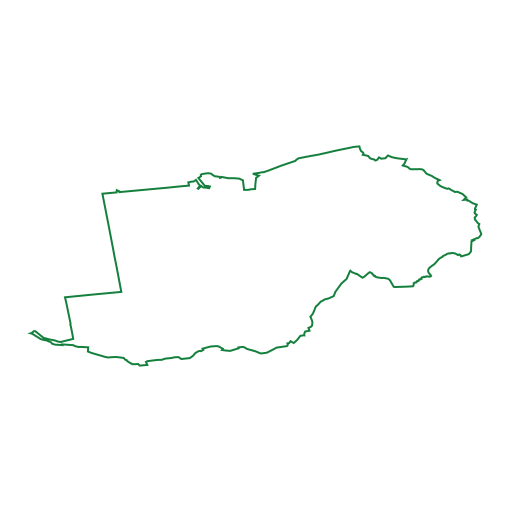 Sunākstes pag., Jaunjelgavas, Latvia
{"feature_id": "27541924B12084410086310", "entity_name": "Sunākstes pag.", "entity_type": "district", "adm_level": 2, "iso_a3": "LVA", "parent_name": "Latvia", "parent_adm1": "Jaunjelgavas", "projection": "equal_earth", "projection_center": [25.491, 56.46], "detail": "fine", "context": "isolated", "style": "outline", "palette": "green", "viewbox_px": 512, "rotation_deg": 0, "n_neighbors": 0, "source": "geoboundaries", "source_scale": "gbopen_adm2", "svg_char_len": 5912}
<svg xmlns="http://www.w3.org/2000/svg" viewBox="0 0 512 512"><path d="M471.4,241.5L473.5,240.5L473.0,240.3L472.5,240.0L476.6,238.2L477.8,238.2L479.3,237.0L480.8,235.0L481.3,234.0L478.4,226.8L479.3,224.0L477.9,223.1L477.1,222.2L476.1,220.8L474.9,219.4L474.7,217.6L475.9,216.3L476.8,214.9L474.9,213.4L474.5,212.5L475.8,209.7L475.0,209.4L475.0,208.5L475.6,207.2L476.8,204.7L472.7,203.2L469.0,200.9L467.3,200.5L467.3,199.6L463.7,199.9L466.2,197.4L462.4,193.9L459.9,192.9L457.9,191.9L456.6,191.8L454.9,192.0L454.0,191.4L451.6,190.2L448.7,188.4L447.0,188.8L442.1,186.9L439.8,185.6L437.3,183.5L437.5,181.3L438.0,180.8L439.6,180.1L437.7,179.2L437.6,179.3L434.4,177.6L433.8,177.3L431.9,176.0L426.9,173.9L426.3,173.4L424.0,170.7L423.8,170.3L422.6,169.6L422.1,169.4L419.6,169.1L417.6,169.2L414.8,169.2L411.5,169.3L410.7,169.2L409.6,168.7L408.2,167.4L406.9,166.7L402.8,165.5L404.4,163.6L404.8,162.8L406.4,159.4L406.1,159.5L405.5,159.3L397.3,158.3L392.3,157.3L387.9,155.5L385.4,158.2L381.3,158.7L379.0,157.4L377.1,159.9L375.3,160.5L373.9,159.3L372.2,159.1L370.1,158.3L368.1,155.9L362.8,154.8L363.5,153.4L363.1,152.6L361.0,151.0L359.9,148.5L359.4,146.4L353.8,146.9L349.3,147.9L340.4,149.7L334.7,150.9L327.9,152.5L318.5,154.6L309.4,156.2L298.6,158.3L296.2,159.9L295.4,160.9L281.4,165.6L266.8,171.2L265.4,171.5L263.9,172.2L261.6,172.3L259.6,172.8L252.8,173.8L258.9,175.7L257.8,176.6L256.1,177.8L255.4,183.8L255.1,189.0L250.8,189.3L247.9,189.9L244.1,189.9L242.9,180.3L239.1,178.6L233.7,178.2L228.1,178.2L221.5,176.9L220.9,177.7L220.0,177.9L219.7,176.9L216.4,176.4L214.9,176.3L213.0,175.2L211.1,173.7L209.6,173.4L208.0,173.2L202.4,174.0L200.8,174.7L201.0,176.3L198.4,178.0L204.9,185.9L208.0,186.0L209.9,186.5L209.1,188.2L205.4,187.5L203.5,187.5L202.5,187.0L201.2,186.0L198.4,188.8L197.8,188.5L200.1,185.6L198.5,183.9L196.0,179.9L194.4,181.0L193.6,181.5L191.4,181.7L188.3,182.4L188.7,184.0L189.0,185.6L177.8,186.6L167.3,187.7L145.4,189.7L119.4,192.1L119.4,191.4L116.8,190.2L116.6,192.4L102.4,193.7L108.1,222.8L112.8,247.3L114.4,256.0L114.6,257.0L116.7,267.5L121.3,291.9L92.4,294.6L65.0,297.3L66.3,302.9L69.2,316.9L70.6,323.8L70.3,324.5L70.5,325.1L70.9,326.6L72.3,333.7L73.2,338.9L65.4,340.8L62.2,341.6L61.5,341.7L61.4,341.9L60.7,342.0L59.8,341.9L57.6,341.5L56.0,340.8L54.9,340.5L52.7,340.0L50.8,339.7L49.5,339.4L48.5,339.2L46.2,338.5L43.6,337.9L35.3,331.2L33.7,331.2L32.8,332.2L32.5,332.4L31.5,333.0L30.7,333.3L31.5,333.5L32.2,333.8L33.9,334.8L34.8,335.3L35.1,335.7L35.8,336.0L36.2,336.3L37.0,336.7L37.4,337.0L39.2,338.1L39.4,338.3L40.9,339.1L41.6,339.4L47.0,340.6L50.4,342.1L51.4,342.6L52.2,343.8L55.4,344.7L61.9,345.0L62.4,345.1L62.3,344.4L73.5,345.2L74.5,346.0L78.6,347.0L80.6,346.9L88.2,347.3L87.9,351.5L91.1,352.8L105.1,356.9L108.1,357.5L111.2,357.2L116.2,357.0L123.6,357.9L125.2,359.6L125.4,359.8L126.4,360.1L126.6,360.1L127.1,361.0L131.1,363.6L131.3,363.5L132.5,364.2L135.0,364.2L138.2,364.0L138.5,364.3L139.7,365.6L147.3,364.9L146.0,361.9L147.3,361.2L154.1,360.3L157.8,359.9L161.4,359.9L165.3,358.6L171.5,358.0L174.3,357.3L178.5,357.1L181.3,359.0L189.8,358.1L190.0,358.0L193.5,355.4L193.8,354.8L195.4,353.0L197.9,351.5L199.4,351.0L200.1,350.9L200.9,351.2L203.3,349.9L202.6,348.7L208.3,347.1L210.7,346.5L216.2,346.1L217.2,346.1L217.7,346.2L218.3,346.4L219.1,346.7L222.8,348.8L222.0,350.0L225.6,350.5L230.1,350.9L238.6,348.3L238.4,347.4L242.9,346.9L244.1,347.2L244.9,347.6L245.8,348.3L246.0,348.3L246.5,348.7L248.0,349.2L250.0,349.8L250.5,349.9L251.4,350.2L252.1,350.2L252.7,350.6L253.7,350.8L255.2,351.2L257.1,352.0L257.8,352.2L258.7,352.7L259.8,353.1L260.1,353.1L261.0,353.5L266.9,352.7L273.3,349.4L276.6,347.6L287.0,346.1L287.2,345.9L287.8,344.9L287.7,344.5L287.4,343.4L289.3,343.0L289.4,342.9L290.5,341.2L293.7,343.0L294.1,342.7L294.3,342.5L297.0,340.1L297.8,339.1L300.4,335.8L303.7,335.3L304.3,335.4L304.2,334.6L304.3,333.8L304.7,332.6L305.3,331.4L306.4,331.3L309.5,330.7L309.3,329.9L308.4,328.0L311.2,326.6L312.1,325.5L312.3,323.4L312.4,322.3L312.4,322.1L312.3,321.7L312.0,320.6L310.4,316.6L311.4,315.6L312.4,314.3L313.2,313.0L314.6,309.6L315.4,307.5L316.0,306.4L317.5,305.1L318.8,303.8L320.5,301.9L320.9,301.5L321.8,301.2L324.7,299.4L325.1,299.3L326.8,298.9L328.7,298.4L333.7,296.1L335.4,291.8L341.5,283.4L346.2,279.3L346.9,278.5L346.9,278.2L350.0,271.1L350.3,270.7L352.2,272.3L356.4,274.0L356.8,273.8L362.4,277.7L364.3,276.7L367.7,273.7L369.6,272.2L371.0,272.7L371.4,272.9L372.5,273.8L372.5,274.3L373.7,275.3L374.5,275.7L374.2,276.0L374.6,276.3L376.2,277.0L377.8,277.5L381.4,278.0L383.6,277.9L385.0,278.1L388.0,278.7L389.4,279.7L390.5,281.1L390.8,281.8L392.0,283.8L393.7,286.8L395.0,287.0L405.3,286.7L412.9,286.3L413.6,285.3L413.7,284.1L413.7,283.8L413.9,283.5L413.8,283.2L414.5,282.7L414.9,282.7L415.4,282.4L415.8,282.6L416.5,282.4L416.7,281.9L417.0,281.4L417.1,281.1L418.6,280.9L418.7,280.6L418.7,280.2L419.0,279.8L419.1,279.5L419.6,279.3L420.0,279.2L420.2,279.5L420.3,279.5L420.5,279.4L421.2,278.9L421.5,278.9L421.5,278.7L421.4,278.5L421.5,277.7L421.8,277.6L421.9,277.4L423.0,277.2L423.6,277.1L423.7,276.9L423.8,276.8L424.0,276.9L424.1,277.0L424.5,277.0L425.3,276.7L425.6,276.8L425.9,276.6L426.1,276.7L426.8,276.3L427.6,276.5L427.9,276.6L429.4,276.6L429.9,276.7L430.9,276.2L431.1,276.0L430.3,274.7L429.2,273.5L428.3,271.9L428.1,271.2L428.2,269.8L428.3,269.6L428.6,269.0L429.6,267.6L431.4,266.3L431.8,265.9L433.5,264.8L434.6,263.9L436.3,262.0L438.7,259.2L439.3,258.7L440.6,257.8L441.7,257.2L441.9,257.2L442.1,257.0L442.3,257.0L442.6,256.5L443.1,256.0L445.7,254.8L446.8,254.0L447.7,253.7L448.8,253.3L449.2,253.3L449.5,253.4L449.9,253.6L450.4,253.4L451.0,253.1L452.1,253.0L453.1,253.1L454.3,253.3L455.2,253.5L457.5,254.7L457.8,255.0L458.0,255.0L458.6,254.7L459.1,254.7L459.3,254.5L459.8,254.7L459.9,255.0L460.4,255.2L460.9,255.6L460.9,256.1L461.1,256.4L462.4,256.1L465.9,255.0L468.7,254.2L470.0,252.7L470.9,251.6L471.1,249.8L471.1,247.9L471.4,243.3L471.4,241.5Z" fill="none" stroke="#15803d" stroke-width="2"/></svg>